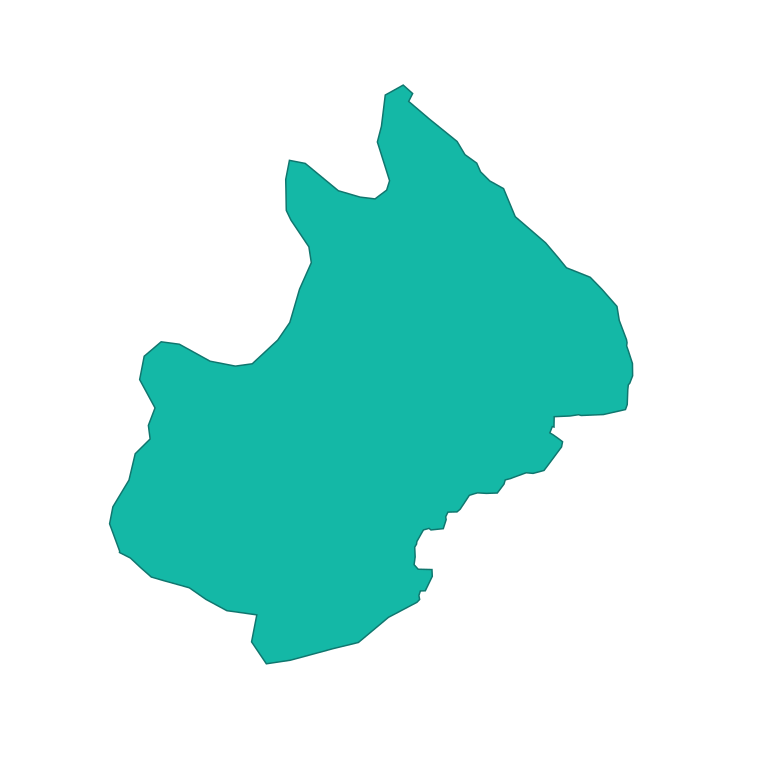 Fen River, River Cess, Liberia (orthographic projection), rotated 191°
{"feature_id": "62588387B6652087258063", "entity_name": "Fen River", "entity_type": "district", "adm_level": 2, "iso_a3": "LBR", "parent_name": "Liberia", "parent_adm1": "River Cess", "projection": "orthographic", "projection_center": [-9.654, 5.605], "detail": "fine", "context": "isolated", "style": "filled", "palette": "teal", "viewbox_px": 768, "rotation_deg": 191, "n_neighbors": 0, "source": "geoboundaries", "source_scale": "gbopen_adm2", "svg_char_len": 2005}
<svg xmlns="http://www.w3.org/2000/svg" viewBox="0 0 768 768"><g transform="rotate(191 384 384)"><path d="M611.5,168.1L599.8,164.8L588.0,157.4L575.6,150.1L562.4,148.9L536.2,146.8L517.7,138.6L495.0,131.5L464.8,133.1L464.8,105.6L446.1,86.9L423.2,95.0L403.0,104.9L383.5,114.5L359.8,125.4L335.1,155.8L317.2,170.2L310.0,176.0L307.9,179.3L309.4,183.1L308.8,187.8L304.0,188.9L299.9,204.4L301.5,211.0L315.1,208.7L320.0,212.4L320.2,216.4L320.4,219.4L320.4,220.1L322.7,229.7L321.5,233.0L321.7,235.6L318.2,246.1L317.4,248.3L312.2,250.9L310.1,249.7L298.2,253.3L297.1,262.7L298.1,265.4L296.8,270.4L294.7,270.9L287.9,272.4L285.3,275.7L283.8,279.4L283.5,280.0L279.0,291.0L275.3,293.0L274.6,293.4L271.4,295.0L262.3,296.2L261.2,296.5L252.0,298.6L247.1,308.6L246.7,313.0L241.6,315.4L239.6,316.7L227.5,324.0L220.6,324.7L214.6,327.6L210.4,329.7L207.2,336.3L206.9,336.9L197.7,356.1L197.7,361.4L201.1,363.1L208.3,366.4L211.9,367.7L211.7,368.6L210.7,374.3L208.9,374.2L209.3,376.2L210.7,384.4L196.1,387.9L195.3,388.1L187.1,391.0L184.5,390.7L162.7,395.9L161.4,396.5L142.1,405.0L141.3,410.2L143.6,424.9L144.0,429.8L142.9,431.7L141.5,439.5L144.0,451.5L150.2,462.7L153.1,467.7L153.3,470.9L154.4,473.8L160.9,484.3L165.2,491.3L170.1,504.6L188.1,518.5L201.9,528.1L227.1,532.9L237.3,541.4L244.3,547.0L252.3,553.4L287.1,573.3L303.9,598.6L318.9,603.5L329.7,610.7L335.1,618.5L348.3,624.6L358.5,636.0L390.3,652.9L413.7,666.1L411.3,674.6L422.2,681.1L437.9,667.9L435.7,636.5L436.7,620.3L434.5,616.3L417.3,584.6L418.4,574.8L425.0,567.5L428.1,564.0L443.1,562.9L454.8,564.0L465.7,565.0L503.4,585.5L519.5,585.5L519.5,566.0L517.6,557.3L513.7,538.8L513.0,535.7L506.6,527.1L486.6,507.0L483.9,504.3L478.5,489.2L485.0,461.0L485.4,456.7L487.6,432.6L488.2,426.4L496.7,406.8L517.2,378.7L533.3,373.2L559.1,373.2L592.5,384.0L610.8,382.9L616.0,376.4L624.7,365.5L624.7,341.7L604.2,316.8L607.4,298.4L603.1,285.4L614.9,268.1L616.0,241.0L618.2,235.0L626.7,211.7L626.7,194.4L611.6,169.5L611.5,168.1Z" fill="#14b8a6" stroke="#0f766e" stroke-width="1.5"/></g></svg>